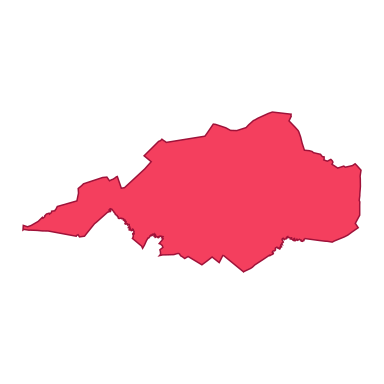 outline of Maļinovas pag., Daugavpils, Latvia
{"feature_id": "27541924B81356835284887", "entity_name": "Maļinovas pag.", "entity_type": "district", "adm_level": 2, "iso_a3": "LVA", "parent_name": "Latvia", "parent_adm1": "Daugavpils", "projection": "albers", "projection_center": [26.645, 55.995], "detail": "fine", "context": "isolated", "style": "filled", "palette": "rose", "viewbox_px": 384, "rotation_deg": 0, "n_neighbors": 0, "source": "geoboundaries", "source_scale": "gbopen_adm2", "svg_char_len": 5961}
<svg xmlns="http://www.w3.org/2000/svg" viewBox="0 0 384 384"><path d="M142.6,248.3L144.5,245.0L146.5,240.5L148.1,237.9L148.7,238.0L149.0,237.7L149.3,237.2L150.1,236.3L150.1,235.8L150.4,235.7L150.8,235.2L151.4,235.7L151.8,235.6L151.9,235.0L152.0,234.6L152.2,234.4L152.4,234.7L152.2,235.2L152.3,235.3L152.9,234.8L153.2,234.8L153.4,234.5L153.3,234.3L153.4,234.1L154.0,234.2L154.9,234.9L155.1,234.8L155.1,234.4L155.5,234.9L155.7,235.6L155.2,235.8L155.0,235.6L154.6,235.9L154.5,236.0L154.3,235.7L154.1,235.8L154.0,236.1L154.1,236.3L154.7,236.3L154.7,236.6L154.9,236.8L155.2,237.4L155.6,237.2L156.0,236.6L156.1,236.9L156.3,236.8L156.4,236.5L157.4,236.9L157.5,237.2L158.1,237.7L158.3,237.5L158.5,237.5L158.5,237.3L158.2,237.1L157.9,236.9L158.4,236.6L158.7,236.9L159.0,236.9L159.2,237.0L159.9,236.1L160.3,236.2L160.9,236.0L161.1,236.2L161.0,236.5L161.3,236.6L162.2,236.5L162.9,236.6L161.9,237.9L162.9,238.1L163.0,238.4L163.2,238.8L162.1,239.8L161.9,240.5L160.7,241.7L159.2,243.6L160.6,244.1L162.3,245.6L162.9,247.4L159.9,249.8L160.4,251.6L160.6,254.3L159.5,255.6L162.5,254.9L167.4,254.8L173.9,254.6L177.1,253.6L178.5,253.5L179.5,253.9L180.3,255.3L181.3,256.3L182.0,256.5L184.7,258.5L188.1,256.5L201.9,264.8L206.9,261.1L212.1,257.0L219.2,262.6L222.8,255.5L223.8,255.7L243.6,271.9L243.8,271.6L250.6,268.4L252.4,267.2L254.8,264.9L262.8,259.7L269.3,255.3L269.4,255.6L269.5,255.7L269.8,255.7L270.9,255.0L272.8,254.2L273.1,253.8L273.4,253.1L273.1,252.8L272.5,252.9L272.4,252.7L272.3,252.4L272.4,251.9L272.9,251.2L273.4,250.9L274.4,250.9L274.7,250.8L275.5,249.9L275.5,249.5L275.2,249.1L275.5,247.9L276.0,247.8L276.7,247.3L277.0,247.5L277.1,247.3L277.7,247.6L277.8,248.1L278.1,248.3L278.3,248.3L278.5,248.0L279.2,248.1L279.3,248.3L279.3,248.8L279.4,249.0L279.8,249.0L280.2,248.2L280.3,247.9L280.1,247.4L280.3,246.8L281.5,246.9L281.5,246.6L281.4,246.4L280.9,246.3L280.7,246.0L280.6,245.6L280.9,244.8L281.2,244.6L281.6,244.7L282.2,244.7L281.8,244.2L282.0,243.5L281.8,243.2L282.3,243.0L283.1,242.4L283.3,242.1L283.0,241.5L282.4,240.5L282.1,239.7L282.2,239.0L282.6,238.5L283.4,238.3L283.6,238.7L284.0,239.5L284.3,239.6L284.5,239.1L286.1,238.9L286.7,238.5L286.7,238.2L286.4,237.8L286.4,237.6L287.0,237.0L287.6,236.6L287.8,236.5L287.9,236.8L287.6,237.2L287.6,237.6L289.1,237.5L290.0,237.9L290.1,238.0L290.3,239.0L290.7,238.9L291.3,237.8L291.6,237.8L291.6,238.0L291.6,238.7L291.7,239.2L292.4,239.5L293.0,240.2L293.2,240.3L293.4,239.7L294.0,238.6L294.3,238.4L294.5,238.4L294.6,238.9L294.6,239.1L294.1,240.4L294.2,240.6L294.5,240.7L295.3,240.7L296.0,240.3L296.5,239.3L296.8,239.2L297.3,239.4L297.4,240.1L297.6,240.3L299.5,239.3L300.0,239.7L300.4,239.9L300.5,240.1L301.1,240.1L301.2,240.4L301.2,241.1L302.1,241.3L302.5,241.3L302.8,240.8L303.5,240.8L303.8,240.7L304.0,240.2L303.9,239.5L304.2,239.2L304.6,239.1L304.8,238.8L304.8,238.7L304.5,238.5L319.4,240.5L325.3,241.2L327.4,241.3L332.2,242.1L334.5,240.9L344.3,236.9L347.8,235.1L352.0,232.0L358.2,227.7L355.3,223.4L359.7,215.2L359.7,204.9L359.8,202.3L359.7,201.5L359.2,200.4L359.8,195.7L359.8,194.1L360.4,186.5L360.3,178.9L360.1,176.2L361.0,170.2L356.8,165.5L355.1,163.8L352.4,165.6L345.3,167.2L343.8,166.1L338.5,167.8L337.8,168.1L332.0,164.3L332.9,162.3L332.9,162.1L332.4,161.0L331.0,159.5L330.8,159.4L327.3,161.2L323.8,159.9L324.1,159.2L324.1,156.9L322.3,156.6L320.5,154.3L313.5,152.7L312.1,151.5L309.4,150.7L304.4,150.2L302.1,143.1L300.6,137.0L298.9,132.1L298.2,130.7L295.2,127.3L289.0,120.9L291.2,116.3L290.9,115.1L291.1,114.2L272.8,112.1L272.2,112.1L268.2,113.5L257.7,118.3L255.0,119.9L253.4,120.6L248.7,124.8L246.1,127.6L236.8,130.6L230.5,130.4L225.8,127.8L215.6,124.4L213.3,124.1L207.0,133.3L204.9,136.2L166.3,142.4L164.9,141.3L163.7,140.6L161.9,139.2L160.6,140.6L158.6,141.4L144.1,155.8L151.2,161.7L144.8,168.9L124.5,187.7L121.3,188.2L117.3,176.5L116.2,176.9L115.9,177.3L113.1,179.2L111.6,179.7L109.5,180.8L106.9,177.1L102.6,177.5L83.5,183.8L81.7,185.6L78.2,188.5L78.5,193.2L76.9,200.9L57.3,206.5L55.9,209.3L55.4,209.7L54.8,210.8L51.6,211.2L51.6,211.9L51.1,212.8L49.5,214.1L49.1,213.2L46.5,214.0L44.7,215.9L44.8,216.7L42.9,218.2L42.6,218.2L42.3,217.4L38.2,221.4L31.1,225.5L27.5,226.8L23.3,225.4L23.0,230.0L23.9,229.4L29.1,230.2L30.0,230.1L37.1,230.4L42.3,230.9L48.2,231.0L76.2,236.2L76.3,235.7L78.0,234.7L79.5,236.9L84.5,236.2L87.5,232.4L94.5,223.7L96.4,222.2L107.7,212.1L108.0,212.2L108.6,211.8L109.4,211.6L110.1,211.7L110.3,211.5L110.6,211.1L109.9,210.8L109.2,210.4L109.0,210.1L109.3,210.0L110.1,210.4L110.6,210.3L110.6,210.2L110.6,209.9L110.8,209.5L110.6,209.3L110.1,209.2L109.9,209.0L110.2,208.7L110.6,208.7L112.1,209.4L112.4,209.7L112.5,210.2L113.7,211.5L113.8,212.0L114.3,212.4L114.6,213.0L115.2,213.5L115.3,213.9L115.3,214.4L115.4,214.5L116.4,215.1L117.2,215.6L117.2,216.1L117.7,216.7L118.1,216.8L118.2,217.5L118.2,217.9L118.6,218.4L119.7,218.5L121.0,218.1L121.6,218.7L122.0,218.5L122.7,218.5L123.6,218.9L123.7,219.1L123.6,219.3L123.2,219.7L123.3,220.0L123.9,220.1L124.3,219.9L124.7,219.9L124.6,220.2L124.4,220.4L124.3,220.7L124.4,220.8L124.9,220.5L125.5,220.9L125.5,221.1L125.1,221.8L125.2,222.0L126.0,221.9L125.9,222.3L125.7,222.4L125.9,223.2L125.0,223.6L125.1,223.9L125.4,224.1L126.3,224.0L126.5,223.6L127.2,223.7L127.5,224.8L127.7,225.1L128.5,224.4L129.2,224.5L129.1,225.0L129.2,225.4L129.3,225.7L129.3,226.1L129.7,226.7L129.8,227.3L129.3,227.5L129.2,227.2L128.9,227.0L128.6,227.0L128.3,227.3L128.3,227.6L128.8,227.6L129.2,228.2L130.2,228.2L130.4,228.3L130.4,228.5L130.2,228.7L129.8,228.6L129.6,228.8L129.1,229.8L129.2,230.0L129.5,230.0L129.9,229.5L130.3,229.3L130.5,229.9L131.0,230.5L131.5,230.7L131.8,230.4L132.0,229.8L132.3,229.7L132.6,229.1L133.3,229.5L133.4,230.3L133.0,230.3L133.0,230.5L133.7,230.8L134.1,231.4L133.9,231.8L133.8,232.1L134.2,233.6L134.0,234.1L133.6,234.2L133.4,234.1L133.4,233.9L133.5,233.6L133.0,233.4L132.8,233.5L132.7,233.8L132.7,234.0L132.8,234.3L133.1,234.6L133.3,236.0L133.1,236.5L133.3,236.9L132.4,238.4L141.6,246.1L142.6,248.3Z" fill="#f43f5e" stroke="#9f1239" stroke-width="1.5"/></svg>